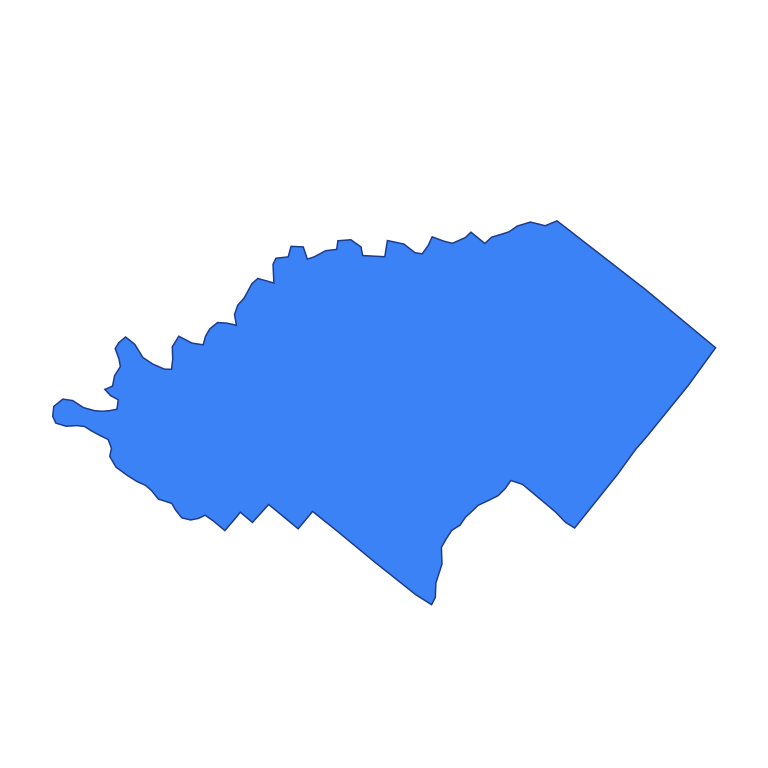 Cândido Godói, Rio Grande do Sul, Brazil, rotated 310°
{"feature_id": "56859067B20748730789342", "entity_name": "Cândido Godói", "entity_type": "district", "adm_level": 2, "iso_a3": "BRA", "parent_name": "Brazil", "parent_adm1": "Rio Grande do Sul", "projection": "natural_earth1", "projection_center": [-54.75, -27.926], "detail": "fine", "context": "isolated", "style": "filled", "palette": "blue", "viewbox_px": 768, "rotation_deg": 310, "n_neighbors": 0, "source": "geoboundaries", "source_scale": "gbopen_adm2", "svg_char_len": 1791}
<svg xmlns="http://www.w3.org/2000/svg" viewBox="0 0 768 768"><g transform="rotate(310 384 384)"><path d="M394.7,612.0L396.2,622.6L465.1,621.0L488.0,619.3L496.0,618.8L511.1,619.1L578.5,618.0L624.9,614.7L624.4,522.7L620.2,411.7L608.8,405.7L602.2,392.1L590.6,384.5L581.0,382.0L574.7,378.0L565.7,372.1L556.5,370.9L556.2,353.0L548.4,352.2L535.7,345.9L531.8,337.8L527.7,326.3L518.6,328.8L508.3,329.6L504.5,323.4L504.0,309.3L496.1,294.4L482.0,302.8L468.7,285.1L474.2,278.3L473.2,265.9L464.1,256.6L456.7,261.2L448.6,253.6L436.7,248.9L430.4,245.0L437.1,234.0L429.7,224.3L419.8,228.9L410.9,220.4L404.3,222.1L390.6,234.7L383.7,219.5L376.1,218.3L360.1,221.6L350.2,221.3L341.1,224.9L334.1,233.2L329.7,224.6L324.1,217.0L314.3,215.1L305.8,216.6L297.8,220.3L291.9,210.7L288.7,196.1L276.4,197.9L267.2,206.2L258.7,211.8L254.2,206.2L250.6,193.9L249.3,182.2L254.2,167.6L253.9,155.8L245.4,154.3L238.4,155.3L232.7,165.1L227.8,170.9L217.4,172.2L207.8,177.4L200.4,173.6L199.3,182.2L201.1,190.6L193.0,195.6L187.4,191.1L182.1,185.8L177.6,179.5L172.7,168.9L171.2,156.2L166.0,147.7L154.6,145.4L146.3,151.0L143.1,157.8L147.3,167.6L154.7,175.4L159.0,182.0L160.0,190.1L162.0,199.6L164.2,208.3L159.6,216.5L152.3,220.4L148.0,232.2L149.0,246.3L150.5,257.4L153.0,266.2L153.0,274.0L150.8,285.1L156.1,298.2L153.4,305.8L151.5,315.1L155.5,323.2L161.8,328.3L168.5,331.3L169.4,341.1L169.4,356.3L185.6,356.5L193.4,356.3L193.4,372.2L217.6,373.1L217.9,411.3L240.5,411.2L241.2,442.3L241.6,490.9L243.0,543.9L245.5,562.3L253.5,560.5L264.8,551.7L271.3,549.0L277.4,546.6L283.4,544.1L289.3,538.8L295.7,533.0L304.9,531.3L315.4,530.0L324.9,533.0L334.3,532.0L341.3,533.0L351.6,534.1L362.8,539.3L371.9,543.2L381.9,544.1L391.6,543.2L396.2,554.7L396.2,579.2L396.2,597.6L394.7,612.0Z" fill="#3b82f6" stroke="#1e3a8a" stroke-width="1.5"/></g></svg>